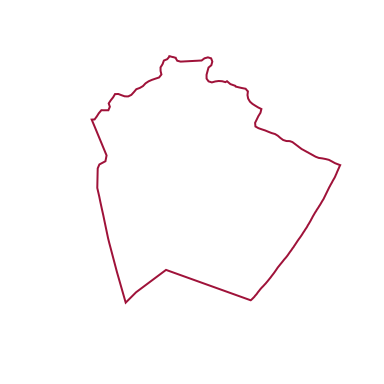 outline of Tur Al Bahah, Lahij, Yemen, rotated 26°
{"feature_id": "15242507B87552266659548", "entity_name": "Tur Al Bahah", "entity_type": "district", "adm_level": 2, "iso_a3": "YEM", "parent_name": "Yemen", "parent_adm1": "Lahij", "projection": "robinson", "projection_center": [44.539, 13.001], "detail": "fine", "context": "isolated", "style": "outline", "palette": "rose", "viewbox_px": 384, "rotation_deg": 26, "n_neighbors": 0, "source": "geoboundaries", "source_scale": "gbopen_adm2", "svg_char_len": 3138}
<svg xmlns="http://www.w3.org/2000/svg" viewBox="0 0 384 384"><g transform="rotate(26 192 192)"><path d="M112.0,80.0L112.2,80.7L112.0,81.5L111.5,83.5L109.1,86.2L109.5,89.9L109.3,92.1L109.2,92.5L109.1,93.8L110.7,97.0L113.0,99.8L112.2,103.5L109.4,106.2L106.8,108.8L104.5,111.5L103.2,113.7L102.6,114.7L101.5,118.3L99.5,121.3L97.0,123.9L96.9,124.0L96.0,127.6L94.9,131.3L92.7,134.1L89.6,135.5L86.2,135.9L82.9,136.2L79.9,137.7L79.6,141.5L78.8,145.1L78.3,148.9L80.8,151.4L81.0,155.2L77.8,156.8L74.7,158.2L73.7,162.1L73.3,165.8L72.6,169.5L70.1,170.9L76.5,176.5L99.2,196.6L100.7,202.3L96.7,207.8L96.7,208.5L96.9,212.1L98.5,215.6L105.1,229.9L110.6,236.7L113.9,241.0L118.7,247.1L122.3,251.6L125.7,256.0L136.8,270.3L139.9,274.0L143.8,278.5L159.5,296.7L180.9,320.5L185.7,306.6L202.8,273.4L292.2,263.6L292.3,263.5L292.8,262.3L293.2,261.2L293.6,260.0L294.0,258.8L294.2,257.6L294.6,256.3L294.9,255.1L295.1,253.7L295.4,252.3L295.7,251.0L296.0,249.5L296.3,248.4L296.7,247.0L297.1,245.9L297.5,244.6L297.9,243.2L298.3,242.0L298.6,240.7L298.9,239.6L299.2,238.3L299.5,237.0L299.8,235.6L300.1,234.4L300.3,233.2L300.6,231.7L300.9,230.3L301.2,228.8L301.4,227.6L301.6,226.3L301.8,225.0L302.0,223.6L302.2,222.2L302.5,220.9L302.8,219.6L303.1,218.2L303.4,217.0L303.7,215.7L304.0,214.4L304.3,212.9L304.6,211.7L305.0,210.3L305.3,209.1L305.6,207.7L305.8,206.6L306.0,205.2L306.2,203.9L306.4,202.6L306.7,201.2L306.9,199.8L307.1,198.3L307.4,197.1L307.5,195.8L307.7,194.6L307.9,193.0L308.1,191.5L308.3,189.9L308.5,188.6L308.7,187.3L309.0,185.8L309.2,184.5L309.4,183.2L309.6,181.7L309.7,180.5L309.9,178.9L310.1,177.6L310.2,176.3L310.4,175.0L310.6,173.6L310.7,172.4L310.7,171.1L310.9,169.7L311.0,168.2L311.1,166.9L311.2,165.5L311.2,164.2L311.3,162.9L311.3,161.4L311.4,160.0L311.5,158.8L311.6,157.3L311.7,156.1L311.9,154.9L312.0,153.1L312.2,151.9L312.4,150.3L312.5,148.9L312.7,147.7L312.8,146.4L312.9,145.0L313.0,143.6L313.1,142.4L313.3,140.8L313.3,139.3L313.3,137.7L313.3,136.2L313.3,134.7L313.3,133.3L313.3,131.8L313.3,130.4L313.3,129.4L313.3,129.0L313.3,127.4L313.4,126.2L313.4,124.9L313.5,123.6L313.6,122.0L313.6,120.7L313.7,119.2L313.8,117.9L313.9,116.6L313.9,115.2L313.8,113.9L313.8,112.7L313.7,111.2L313.6,109.9L313.6,108.6L313.5,107.1L313.5,105.9L313.4,104.6L313.4,103.4L313.4,102.9L311.3,103.1L307.8,103.4L304.4,103.2L300.9,103.1L297.6,103.8L294.3,104.7L291.0,105.8L288.7,106.0L287.7,106.1L271.6,105.3L260.4,103.1L257.6,103.4L254.5,104.8L251.1,105.3L247.8,104.7L244.5,103.8L241.2,103.5L237.8,104.1L234.2,104.4L230.8,104.6L227.2,105.1L223.7,105.5L220.3,105.3L218.4,102.2L218.4,98.4L218.4,94.5L218.8,90.8L218.0,87.0L214.6,87.0L211.1,86.7L207.7,86.3L204.5,85.4L201.5,83.4L199.4,80.6L198.1,77.0L197.6,76.9L194.9,75.7L191.6,76.6L188.3,77.4L185.0,78.1L184.4,77.6L179.2,78.2L174.9,77.1L173.9,78.6L170.6,79.2L167.4,80.5L164.5,82.4L161.8,84.8L158.4,85.3L155.4,83.7L153.7,80.3L153.0,76.7L152.3,72.9L153.8,69.6L153.1,65.9L151.9,64.7L150.6,63.5L147.3,64.0L144.6,66.4L143.0,69.6L124.6,79.8L121.2,80.5L119.2,79.2L118.5,78.5L117.2,78.9L116.9,78.8L116.5,78.8L115.5,79.2L114.7,79.3L113.5,79.6L113.1,79.6L112.4,79.7L112.0,80.0Z" fill="none" stroke="#9f1239" stroke-width="2"/></g></svg>